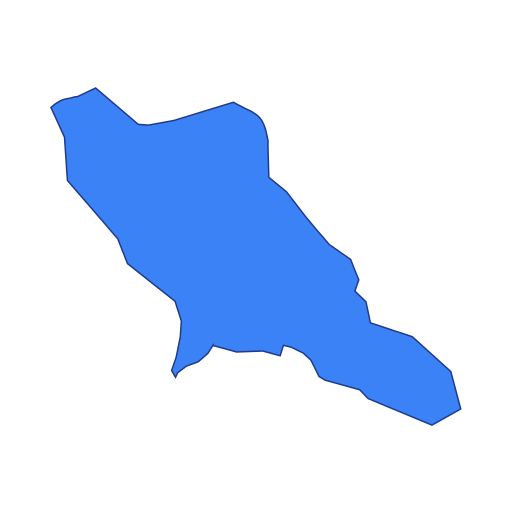 the district of Al Malajim, Al Bayda', Yemen, rotated 274°
{"feature_id": "15242507B64836061652766", "entity_name": "Al Malajim", "entity_type": "district", "adm_level": 2, "iso_a3": "YEM", "parent_name": "Yemen", "parent_adm1": "Al Bayda'", "projection": "albers", "projection_center": [45.401, 14.328], "detail": "fine", "context": "isolated", "style": "filled", "palette": "blue", "viewbox_px": 512, "rotation_deg": 274, "n_neighbors": 0, "source": "geoboundaries", "source_scale": "gbopen_adm2", "svg_char_len": 1935}
<svg xmlns="http://www.w3.org/2000/svg" viewBox="0 0 512 512"><g transform="rotate(274 256 256)"><path d="M407.8,222.8L395.0,189.4L386.3,166.9L385.4,164.4L379.1,139.8L379.1,136.4L379.1,129.6L379.3,129.1L412.4,84.3L402.4,66.5L402.2,64.4L400.4,59.3L400.1,57.8L399.8,56.7L398.7,53.1L397.7,51.1L396.9,49.6L394.2,45.7L389.9,41.1L361.1,56.7L318.3,62.6L317.6,63.2L314.9,65.9L298.9,81.8L290.0,90.7L285.8,94.8L284.9,95.7L284.6,96.0L283.2,97.4L282.2,98.4L277.5,103.1L272.6,107.9L263.5,116.9L262.5,117.4L251.5,122.6L249.3,123.7L239.5,128.3L239.4,128.4L228.4,144.5L228.2,144.8L221.5,154.5L211.6,169.1L205.2,178.4L195.9,182.1L186.6,185.8L186.4,185.9L185.8,186.1L185.4,186.1L169.7,186.1L163.2,185.2L158.4,184.6L149.2,183.4L135.9,179.8L129.4,184.2L129.6,184.3L134.1,186.0L141.2,194.1L146.5,205.8L155.4,214.7L164.3,219.5L163.6,219.7L160.9,233.6L160.3,236.5L158.9,243.2L160.3,256.4L161.7,269.5L160.6,274.7L158.2,287.1L168.7,289.5L168.8,289.6L168.7,290.6L167.4,297.8L162.5,309.8L155.9,318.1L140.2,327.3L140.0,327.6L136.9,333.8L129.8,368.8L121.6,377.8L99.9,442.3L99.6,443.3L117.7,470.9L154.3,458.4L186.4,417.5L191.3,398.2L197.3,374.8L200.3,373.9L202.1,373.4L204.0,372.9L212.7,370.4L218.0,368.9L227.9,357.1L239.3,360.2L248.5,355.7L259.1,350.7L272.5,328.4L276.7,324.2L278.7,322.3L286.0,314.9L299.1,302.4L314.0,289.2L322.2,281.9L335.4,263.3L336.0,263.2L336.6,263.2L340.4,262.8L365.8,260.3L366.1,260.3L366.4,260.2L366.5,260.3L366.7,260.2L366.9,260.2L367.0,260.2L367.4,260.2L367.6,260.2L367.8,260.2L368.0,260.2L368.4,260.1L368.5,260.1L368.8,260.1L369.1,260.1L369.4,260.1L369.6,260.1L369.8,260.1L370.1,260.0L370.3,260.0L371.6,260.0L373.7,259.4L377.1,258.5L380.0,257.6L382.4,256.9L385.1,255.8L387.2,254.8L389.5,253.6L391.8,252.1L393.8,250.4L395.5,248.6L396.9,246.7L398.1,244.6L399.3,242.5L400.4,240.3L401.2,238.0L402.2,235.6L403.3,232.9L404.3,230.6L405.3,228.3L406.3,225.9L407.4,223.6L407.8,222.8Z" fill="#3b82f6" stroke="#1e3a8a" stroke-width="1.5"/></g></svg>